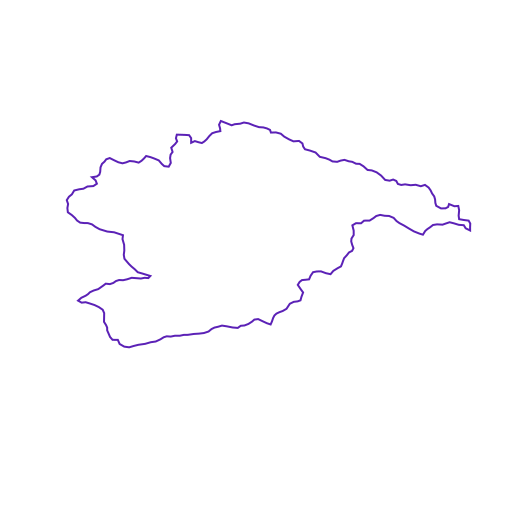 outline of Arcos, Minas Gerais, Brazil, rotated 107°
{"feature_id": "56859067B46067888754995", "entity_name": "Arcos", "entity_type": "district", "adm_level": 2, "iso_a3": "BRA", "parent_name": "Brazil", "parent_adm1": "Minas Gerais", "projection": "equal_earth", "projection_center": [-45.55, -20.235], "detail": "fine", "context": "isolated", "style": "outline", "palette": "violet", "viewbox_px": 512, "rotation_deg": 107, "n_neighbors": 0, "source": "geoboundaries", "source_scale": "gbopen_adm2", "svg_char_len": 3801}
<svg xmlns="http://www.w3.org/2000/svg" viewBox="0 0 512 512"><g transform="rotate(107 256 256)"><path d="M317.2,222.0L313.9,221.6L310.3,221.5L307.5,221.0L305.1,219.6L302.9,217.2L300.8,214.4L297.6,211.4L291.8,209.7L288.8,206.5L287.2,202.9L285.4,200.5L281.7,200.6L277.1,200.3L274.7,203.5L271.4,207.6L268.0,206.7L265.6,205.0L264.2,201.6L262.8,198.4L258.9,198.0L254.8,196.7L253.0,193.3L251.7,189.4L252.0,184.1L251.6,179.4L247.6,177.7L243.7,174.3L241.1,171.7L238.0,171.4L235.3,171.3L232.3,171.1L228.8,169.4L225.4,168.1L223.0,165.6L220.0,165.1L217.2,167.3L214.2,169.2L211.4,169.8L207.4,168.7L203.2,170.0L198.5,172.8L195.4,170.0L194.0,165.1L190.6,163.0L188.9,157.7L185.4,154.7L182.6,152.7L180.4,149.3L179.9,144.7L178.8,140.4L179.3,135.5L181.5,131.8L182.6,128.5L183.6,123.3L185.0,117.8L186.3,112.2L186.8,106.2L186.8,102.6L182.6,101.5L180.2,100.0L177.6,97.9L174.6,95.8L172.8,92.1L171.5,86.8L169.3,83.8L167.1,80.7L166.9,76.4L166.9,71.2L165.8,66.3L168.2,63.6L169.0,58.7L165.8,59.7L162.3,60.6L160.0,63.0L160.8,67.7L161.4,72.5L158.2,74.0L152.9,75.1L149.0,77.2L150.4,80.8L149.9,86.6L152.9,86.6L155.0,88.7L156.4,93.0L155.3,98.3L152.8,100.0L149.5,101.3L146.9,103.0L144.7,105.9L142.2,108.2L140.1,110.9L138.6,115.2L141.1,118.8L141.2,124.1L143.1,128.8L143.9,134.4L145.6,137.9L145.6,141.4L143.2,143.8L142.8,147.2L144.9,150.2L145.5,154.7L142.5,159.9L140.7,165.1L140.3,170.3L141.1,174.5L138.8,179.4L137.6,183.8L138.5,187.3L137.8,191.5L138.3,195.0L138.2,199.5L140.0,202.9L142.2,205.9L143.2,210.5L142.4,214.0L142.1,218.1L142.5,224.0L139.6,229.3L139.4,235.2L139.6,240.4L137.5,242.9L134.8,244.5L133.4,248.5L135.4,253.7L134.8,258.4L133.6,263.9L131.8,268.0L132.0,273.1L133.6,277.8L131.3,279.5L130.8,282.9L130.9,286.6L131.9,290.8L131.8,296.0L131.3,301.9L131.9,306.6L134.1,309.8L136.2,314.9L138.1,317.5L137.6,323.6L137.2,329.1L141.3,329.7L144.4,327.7L147.0,326.6L149.1,330.5L151.4,333.8L154.9,335.7L158.9,337.3L161.7,339.0L163.8,340.8L164.0,344.4L164.0,348.1L166.7,351.1L162.2,352.5L160.0,355.3L160.8,358.7L161.8,362.5L163.1,367.2L166.8,367.0L169.5,364.9L172.6,366.1L177.2,368.7L180.9,366.2L184.0,367.3L187.5,366.8L191.9,364.7L196.1,365.6L196.9,370.0L195.5,373.0L193.0,376.9L192.5,382.0L192.3,385.8L192.5,390.3L195.4,391.6L198.4,393.3L201.0,395.5L201.2,400.1L202.1,404.6L204.6,407.8L206.4,410.8L206.6,415.1L205.9,419.8L205.1,424.5L207.3,427.5L210.1,428.5L212.9,430.2L216.7,430.6L221.1,429.6L224.0,429.6L226.5,431.5L228.6,435.9L230.6,431.5L233.4,429.3L236.7,432.0L238.8,437.5L242.1,440.7L243.9,444.6L246.5,449.0L250.9,450.1L254.0,452.2L257.9,453.3L261.2,450.9L265.3,450.4L269.2,448.7L270.7,444.1L272.5,440.3L274.4,437.5L275.5,433.9L274.7,429.8L273.7,426.4L273.7,422.1L275.1,418.1L276.1,413.4L276.1,409.5L276.1,405.4L274.8,398.6L275.0,389.3L278.9,388.6L283.8,385.4L289.4,383.5L293.5,382.8L297.1,381.0L299.2,377.7L300.9,375.0L302.5,371.9L304.1,368.1L306.1,364.3L306.0,360.0L306.0,356.4L306.0,351.2L308.6,352.5L309.4,356.1L311.2,359.5L312.1,363.6L313.2,368.5L316.0,372.5L318.0,376.0L319.0,379.9L320.9,382.6L323.5,384.6L325.6,387.5L326.4,391.6L328.8,393.3L331.0,395.0L333.8,397.2L336.5,401.2L339.2,404.2L341.6,405.5L343.8,407.3L347.0,410.8L350.7,413.1L351.6,409.1L350.0,405.4L350.0,401.0L350.1,396.1L350.8,391.4L352.2,386.9L355.0,384.5L359.5,383.2L363.4,382.1L365.9,379.2L368.0,377.4L370.6,376.6L373.5,374.1L376.1,371.9L378.1,368.7L376.6,363.6L380.0,360.7L381.2,355.5L380.4,350.6L377.7,346.5L375.3,342.5L372.4,336.3L369.2,331.4L367.1,326.9L363.7,323.1L360.7,320.5L358.9,317.9L358.0,314.0L356.0,310.3L354.5,305.5L352.6,302.1L351.3,298.1L348.7,292.6L346.9,287.8L344.9,283.3L342.1,279.3L338.9,277.2L336.6,274.8L334.7,271.5L332.5,268.2L331.8,263.5L331.2,257.5L330.1,252.4L327.2,250.2L325.8,246.7L323.2,243.4L319.9,240.6L317.3,239.0L315.7,235.5L316.5,230.2L317.1,225.9L317.2,222.0Z" fill="none" stroke="#5b21b6" stroke-width="2"/></g></svg>